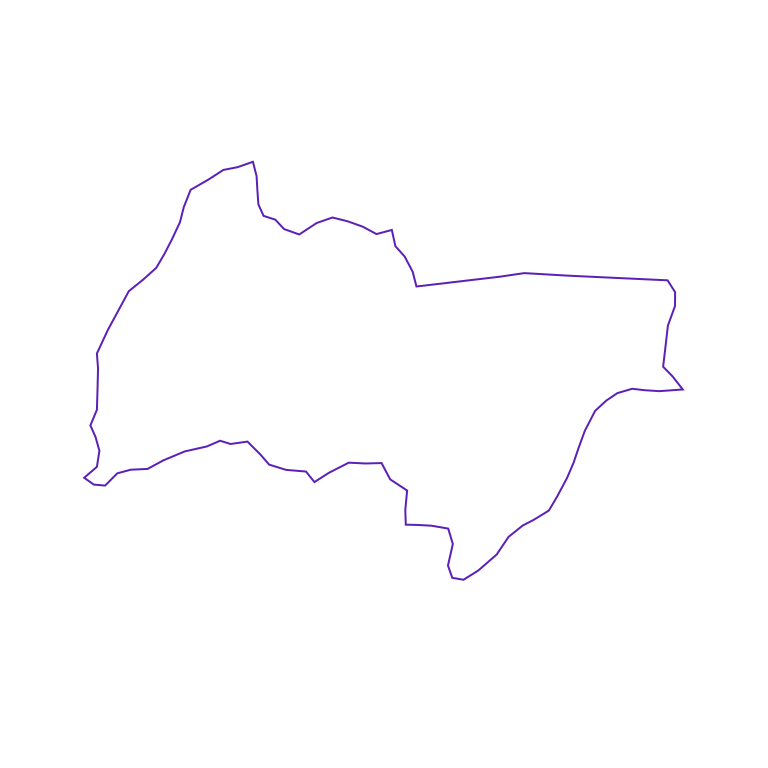 the district of Curral de Cima, Paraíba, Brazil, rotated 205°
{"feature_id": "56859067B74378135751111", "entity_name": "Curral de Cima", "entity_type": "district", "adm_level": 2, "iso_a3": "BRA", "parent_name": "Brazil", "parent_adm1": "Paraíba", "projection": "equal_earth", "projection_center": [-35.284, -6.731], "detail": "fine", "context": "isolated", "style": "outline", "palette": "violet", "viewbox_px": 768, "rotation_deg": 205, "n_neighbors": 0, "source": "geoboundaries", "source_scale": "gbopen_adm2", "svg_char_len": 1354}
<svg xmlns="http://www.w3.org/2000/svg" viewBox="0 0 768 768"><g transform="rotate(205 384 384)"><path d="M170.8,597.8L262.9,560.0L303.7,543.8L324.7,530.0L395.8,486.1L405.4,497.8L419.2,508.3L431.9,513.7L442.0,526.9L454.2,516.7L469.6,517.6L485.7,516.1L501.1,513.1L513.1,501.4L524.0,483.7L540.1,482.2L551.9,487.0L564.2,485.5L573.7,493.6L580.7,506.2L587.3,518.5L596.7,530.0L608.5,518.5L620.1,510.1L629.3,495.4L641.3,478.3L640.2,459.7L637.3,444.4L637.3,425.7L638.0,408.9L639.5,393.0L646.4,376.8L654.5,360.3L657.1,316.4L657.1,290.3L649.8,277.4L641.3,257.9L633.3,239.3L632.6,222.4L623.0,214.0L613.7,203.2L609.2,187.6L616.1,172.3L604.5,170.2L593.8,174.1L588.0,190.3L577.3,199.3L562.4,207.1L551.5,221.8L536.1,238.7L518.2,252.5L508.6,263.3L497.7,264.8L483.4,274.1L466.1,267.8L454.0,262.4L436.4,264.8L417.7,271.7L405.6,265.7L396.5,280.1L382.7,297.8L367.3,304.1L352.8,311.3L338.1,300.2L318.0,297.2L311.5,278.9L304.8,265.7L294.6,270.2L281.2,275.6L264.7,280.1L254.0,268.1L249.3,246.5L240.2,237.2L229.2,240.2L219.7,254.9L209.8,277.1L206.5,298.1L198.5,314.3L190.9,324.2L181.1,339.0L179.5,355.2L178.4,376.5L178.9,392.7L180.6,408.0L182.2,426.6L181.3,448.9L175.5,463.0L168.6,474.4L157.0,484.6L145.2,488.5L131.4,493.9L110.9,505.3L125.6,512.8L138.3,517.6L143.9,534.5L151.4,557.0L153.2,577.7L159.0,590.3L170.8,597.8Z" fill="none" stroke="#5b21b6" stroke-width="2"/></g></svg>